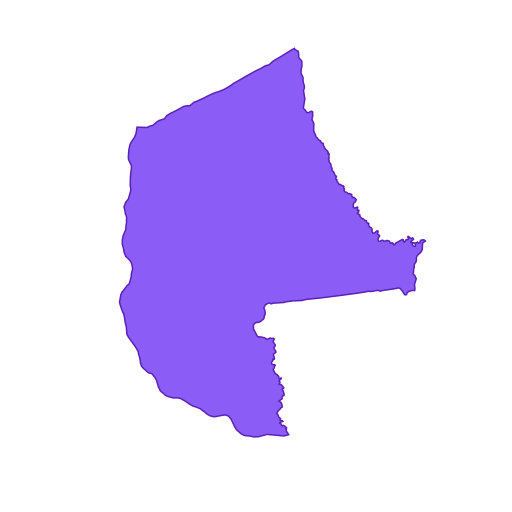 Bosobolo, Équateur, Democratic Republic of the Congo, rotated 240°
{"feature_id": "63176286B50098701443330", "entity_name": "Bosobolo", "entity_type": "district", "adm_level": 2, "iso_a3": "COD", "parent_name": "Democratic Republic of the Congo", "parent_adm1": "Équateur", "projection": "albers", "projection_center": [19.647, 4.521], "detail": "fine", "context": "isolated", "style": "filled", "palette": "violet", "viewbox_px": 512, "rotation_deg": 240, "n_neighbors": 0, "source": "geoboundaries", "source_scale": "gbopen_adm2", "svg_char_len": 6152}
<svg xmlns="http://www.w3.org/2000/svg" viewBox="0 0 512 512"><g transform="rotate(240 256 256)"><path d="M427.1,217.4L421.9,213.2L419.2,209.5L417.0,204.9L415.5,202.6L411.8,199.2L410.1,198.0L405.7,195.0L403.2,193.8L396.6,193.3L394.3,192.0L390.2,188.8L386.2,186.1L380.1,182.4L377.4,181.4L375.6,180.5L369.2,174.0L367.5,169.8L364.5,166.2L361.4,165.4L357.7,163.9L356.4,163.9L354.0,163.2L351.0,161.2L350.1,161.0L348.1,159.2L344.1,156.5L340.0,151.1L336.5,148.1L333.3,146.2L328.4,144.9L327.4,144.4L324.5,143.5L320.5,143.0L319.3,143.5L314.9,144.7L312.9,144.7L310.5,144.2L306.5,142.7L303.1,139.3L300.9,137.8L300.4,137.5L296.4,133.6L295.2,131.9L294.8,129.4L292.0,123.0L291.8,122.0L290.0,119.5L289.1,118.8L284.4,114.8L282.2,114.1L276.5,112.9L272.3,112.4L272.3,112.6L268.6,111.4L263.7,109.4L259.8,108.4L252.7,105.0L249.2,105.0L237.7,106.2L232.3,106.2L229.6,105.2L227.1,104.7L223.4,103.5L220.7,102.3L218.0,101.8L216.3,102.0L211.4,103.5L208.5,104.5L206.4,106.9L202.0,107.7L198.3,107.7L195.1,106.9L191.4,106.0L190.0,106.0L187.3,105.7L185.5,106.2L183.1,107.2L180.6,107.9L177.9,109.9L174.5,113.4L172.0,117.6L169.8,119.8L164.6,122.7L161.2,124.2L157.5,126.4L154.8,128.9L151.6,131.4L147.9,132.8L146.2,133.8L144.5,134.1L140.8,136.1L139.1,137.8L138.3,138.5L137.1,140.7L134.9,147.2L133.6,150.1L131.2,152.1L127.7,152.8L124.3,152.6L117.9,152.1L115.0,152.3L109.3,154.3L107.8,155.3L107.6,155.3L105.6,157.0L105.1,158.0L102.7,161.2L100.4,163.7L98.2,167.9L97.2,171.8L96.0,176.3L92.1,181.9L86.1,190.3L84.9,195.0L89.7,194.8L90.4,195.5L91.5,195.6L91.8,196.6L94.3,195.9L95.8,194.8L95.7,193.9L96.8,193.5L98.2,193.7L99.3,192.8L99.9,194.2L99.3,196.6L99.9,196.6L101.8,194.7L102.9,195.9L104.9,195.2L107.3,195.6L109.5,195.4L111.0,198.4L111.4,200.5L112.0,201.5L112.1,203.3L114.8,204.3L117.1,204.4L118.3,203.4L118.9,203.2L119.3,207.3L120.5,207.7L121.4,208.9L121.3,210.5L121.7,211.1L125.6,212.1L127.3,211.8L127.5,212.3L127.7,212.6L127.5,213.6L128.1,214.2L132.0,213.6L133.3,211.9L134.5,213.6L136.5,213.7L137.1,216.5L137.9,216.7L137.8,215.1L138.1,214.8L139.1,214.8L140.0,215.4L141.1,215.3L143.0,214.9L144.3,213.8L149.3,214.2L149.7,215.3L149.9,215.8L151.0,216.7L151.6,217.9L152.4,218.0L152.9,217.6L153.2,216.4L154.8,215.7L156.3,216.4L156.8,218.2L158.2,219.0L157.4,220.1L157.9,220.7L162.2,221.9L162.7,225.1L163.7,225.5L166.7,225.3L167.8,226.0L168.5,227.7L169.5,228.2L173.4,228.0L174.9,230.3L176.1,229.9L176.9,228.1L177.9,227.2L178.3,223.9L181.0,222.4L183.6,219.6L185.0,217.4L186.5,217.0L194.2,217.4L197.3,219.1L198.3,220.9L198.3,222.8L197.4,224.7L197.0,227.0L197.6,230.8L198.1,231.8L200.3,233.6L200.6,234.5L202.3,235.6L204.9,236.6L206.7,236.7L207.5,237.3L209.0,239.7L209.0,243.2L208.5,244.2L206.9,245.3L206.6,247.2L201.8,256.9L201.4,259.0L200.1,262.0L198.7,265.5L194.5,273.5L194.0,275.3L193.2,278.0L187.9,289.8L184.5,297.8L178.9,311.1L176.0,318.3L174.0,323.0L170.6,331.7L169.2,335.9L168.1,337.2L167.8,337.7L167.3,339.1L166.6,341.0L165.7,343.6L164.7,345.1L163.6,345.7L162.4,349.6L158.6,358.9L157.9,361.0L157.1,363.5L155.8,364.6L154.3,364.9L152.1,365.2L150.7,365.3L149.7,365.3L148.4,365.3L147.6,365.9L147.4,366.5L147.4,367.3L148.5,368.3L148.9,370.5L148.7,371.7L147.8,374.8L146.8,375.7L146.9,376.4L148.6,377.5L151.9,378.9L156.4,383.6L158.0,383.4L159.4,383.8L161.8,383.2L166.3,386.4L166.6,386.8L167.2,387.6L168.4,388.0L169.8,389.3L170.9,391.6L171.9,392.6L175.1,394.7L175.8,396.2L177.0,401.2L178.7,403.4L183.5,406.5L184.1,407.4L184.2,410.2L186.1,409.5L187.3,406.8L187.1,406.0L185.4,404.6L185.8,403.5L187.4,402.8L187.1,401.5L187.6,400.4L187.4,399.9L185.9,399.8L185.5,399.6L184.9,399.1L184.8,398.3L186.2,397.2L187.8,397.0L188.2,397.4L188.6,399.1L190.1,397.0L190.8,396.9L191.7,400.7L192.7,401.0L193.5,400.5L193.6,399.0L196.8,397.7L196.8,397.0L194.6,396.7L194.3,396.0L195.0,394.0L193.9,391.8L194.2,391.1L195.0,391.1L196.6,391.6L197.2,390.9L197.3,383.8L196.6,381.6L196.8,381.2L197.0,380.8L198.3,381.0L199.4,380.6L199.6,379.2L200.0,378.8L202.1,378.9L204.1,377.1L204.3,375.2L205.1,374.2L206.1,373.7L206.6,373.1L206.8,370.4L207.3,369.8L208.4,369.6L209.9,370.3L211.5,373.1L212.5,373.2L213.7,372.3L214.4,372.2L215.9,373.9L216.8,374.0L217.1,373.8L217.3,373.0L216.7,370.3L217.2,368.7L219.3,368.8L221.3,370.0L223.0,369.9L224.4,368.9L226.3,368.8L227.4,369.8L228.1,369.9L228.9,368.9L230.1,368.7L231.3,369.3L232.3,368.2L234.8,367.3L236.0,366.1L236.5,366.2L238.4,365.8L239.6,366.5L240.7,366.1L241.8,365.2L242.5,365.2L242.8,366.9L243.9,367.9L244.3,367.9L244.3,367.2L244.7,366.8L245.6,366.9L247.1,368.3L247.7,368.3L248.1,365.5L249.1,364.8L250.3,364.9L252.5,366.5L252.9,367.2L253.3,369.2L254.6,371.0L257.4,370.4L257.7,370.1L258.6,368.8L260.6,369.1L261.3,369.6L263.2,368.3L263.5,367.2L265.9,366.3L267.1,365.1L268.9,364.9L269.7,366.1L271.2,365.9L272.2,366.9L273.1,366.7L274.1,365.5L275.5,365.1L276.6,363.7L280.4,363.7L281.5,364.2L282.1,363.7L283.3,363.8L284.4,365.3L285.2,365.4L285.8,364.8L290.0,365.3L291.5,364.7L292.6,364.7L293.8,365.7L295.5,365.6L298.0,366.7L301.4,366.4L302.3,367.2L303.8,367.3L304.5,368.5L306.3,369.1L307.6,370.4L308.5,369.5L309.0,369.6L309.6,370.4L311.6,370.3L313.9,369.5L318.3,369.7L319.3,370.3L320.0,370.4L321.3,369.2L323.5,369.4L325.6,368.2L327.5,368.2L329.0,367.5L331.2,368.1L333.9,368.2L336.1,368.8L341.7,372.3L344.4,372.6L346.3,372.7L349.6,375.7L350.7,375.9L352.2,377.1L353.5,376.6L353.9,375.3L353.9,372.9L355.3,371.6L357.0,371.7L360.3,370.9L361.1,371.5L367.7,376.9L375.6,379.9L377.3,381.9L379.5,383.1L381.1,383.3L384.3,384.4L387.1,386.0L390.9,386.3L392.0,386.5L394.8,388.2L396.6,389.9L397.4,390.7L401.4,392.9L402.4,393.1L405.0,392.4L406.8,392.4L410.1,394.2L412.3,394.9L415.2,393.0L416.6,393.1L416.7,389.0L416.5,383.1L416.3,379.1L416.3,377.0L416.3,372.5L416.2,368.0L415.0,362.6L415.6,361.2L416.1,359.0L416.0,353.6L416.3,350.5L416.5,347.4L416.5,344.7L416.7,335.9L416.6,334.4L416.7,322.7L416.3,319.6L416.2,315.8L416.2,312.8L416.3,311.0L416.7,307.8L417.3,304.5L418.0,301.6L418.3,298.7L418.7,294.5L418.9,289.6L419.8,280.6L420.2,279.5L419.3,274.1L419.7,272.6L420.4,271.8L421.6,268.7L421.7,266.5L421.9,258.5L422.3,254.0L422.3,251.5L422.2,248.8L420.5,245.3L421.1,242.8L421.8,240.0L421.7,237.3L420.7,231.8L421.4,229.8L421.9,225.7L427.1,217.4Z" fill="#8b5cf6" stroke="#5b21b6" stroke-width="1.5"/></g></svg>